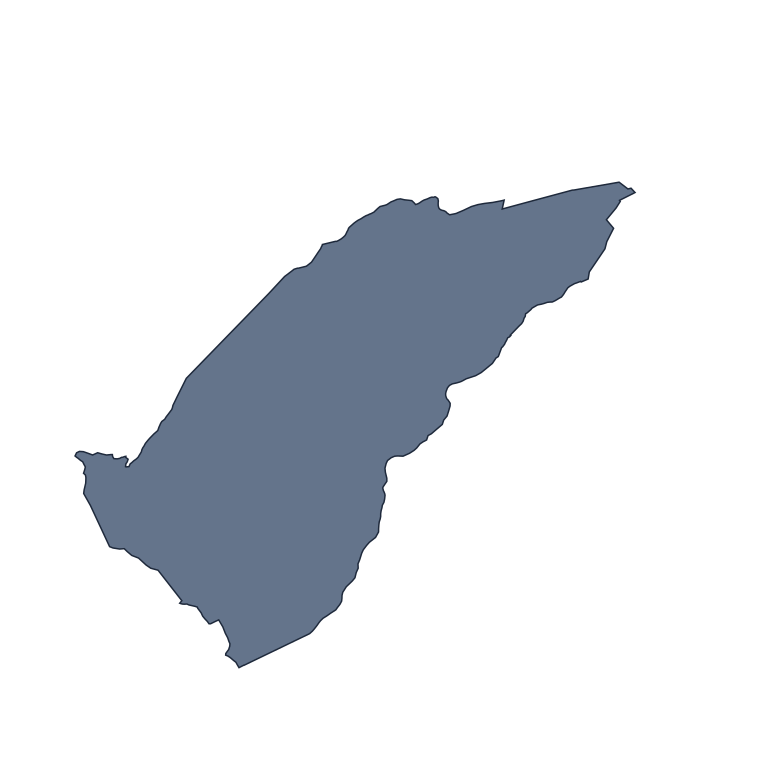 San Juan Mixtepec -Dto. 26 -, Oaxaca, Mexico, rotated 51°
{"feature_id": "50627088B88987154065702", "entity_name": "San Juan Mixtepec -Dto. 26 -", "entity_type": "district", "adm_level": 2, "iso_a3": "MEX", "parent_name": "Mexico", "parent_adm1": "Oaxaca", "projection": "equal_earth", "projection_center": [-96.314, 16.258], "detail": "fine", "context": "isolated", "style": "filled", "palette": "slate", "viewbox_px": 768, "rotation_deg": 51, "n_neighbors": 0, "source": "geoboundaries", "source_scale": "gbopen_adm2", "svg_char_len": 4579}
<svg xmlns="http://www.w3.org/2000/svg" viewBox="0 0 768 768"><g transform="rotate(51 384 384)"><path d="M531.2,598.9L531.0,595.2L530.5,592.4L529.9,589.7L529.4,587.7L528.5,584.6L528.0,582.2L527.7,578.7L528.2,574.7L528.4,572.1L528.5,570.1L529.2,563.6L528.4,560.8L527.5,556.9L526.1,553.6L524.0,551.5L521.9,549.7L519.9,547.1L518.6,543.2L517.8,540.8L517.5,536.8L517.1,532.4L516.3,528.5L513.1,524.3L510.9,520.0L507.4,517.4L505.4,513.7L501.4,507.7L499.8,504.4L498.5,499.1L497.8,495.0L497.9,487.1L495.6,481.4L492.9,479.1L490.1,476.5L488.2,474.5L486.5,471.9L484.9,470.0L482.6,468.1L480.6,465.9L478.9,463.5L477.2,461.6L475.9,458.5L473.8,455.9L471.1,453.2L469.8,452.5L468.0,451.9L466.6,451.6L465.1,450.9L463.9,450.4L463.2,448.9L461.4,443.0L459.0,441.1L453.5,438.5L450.0,436.2L447.1,432.3L445.7,429.4L445.8,424.8L446.8,421.2L448.4,418.8L452.1,414.6L453.9,407.8L454.5,402.4L454.3,398.8L453.2,393.8L453.5,390.1L454.0,387.8L454.3,386.1L451.8,382.2L452.5,378.5L452.3,372.5L452.1,364.1L449.6,360.3L448.6,355.2L445.7,350.8L442.7,346.5L440.6,344.7L436.8,344.3L434.9,344.5L432.1,343.5L430.4,342.3L428.9,340.5L426.9,337.0L426.3,334.0L426.9,330.8L428.9,326.8L430.0,324.2L430.6,322.5L431.0,320.7L431.7,316.8L435.2,307.6L436.3,301.2L436.2,286.8L435.0,282.8L434.3,280.7L434.6,277.9L429.7,269.6L429.8,268.6L429.0,265.3L428.2,263.8L427.0,260.8L426.4,259.7L426.2,259.3L425.9,258.6L426.4,256.8L426.1,254.9L425.5,255.1L424.0,243.0L423.7,239.1L422.8,236.4L421.0,233.7L420.4,231.8L418.5,229.7L418.8,227.8L418.7,225.9L418.6,223.0L418.2,221.3L418.5,219.3L419.2,214.9L421.0,211.5L422.1,209.0L423.3,205.7L424.8,203.4L426.2,201.6L427.0,198.3L427.7,193.2L428.1,191.4L427.4,188.2L426.3,185.1L424.9,180.5L425.0,177.9L425.9,172.7L426.7,170.6L428.0,166.6L428.8,166.6L430.9,159.3L426.1,153.9L418.0,127.2L413.6,121.3L407.5,107.6L396.3,107.8L393.3,92.9L390.8,85.5L389.5,85.4L393.2,68.4L387.3,68.8L385.9,71.7L375.1,74.3L352.8,114.3L351.8,115.7L335.0,153.5L322.4,182.0L316.7,174.9L315.8,176.9L311.3,185.3L306.9,192.3L303.7,198.1L301.1,204.4L299.0,213.1L297.1,219.7L297.1,220.0L296.3,221.8L293.9,226.3L293.6,226.6L291.5,227.2L290.3,227.5L289.0,227.5L287.0,228.4L285.5,229.6L284.2,230.3L282.8,230.7L281.4,230.5L280.3,230.0L279.2,229.4L277.3,227.9L276.0,226.6L273.9,225.5L271.9,225.9L271.0,226.3L270.6,226.5L270.1,228.0L268.9,229.2L268.2,230.8L267.4,233.9L266.2,237.2L265.8,239.6L265.6,242.6L265.2,244.4L265.0,245.0L264.4,246.5L263.8,246.5L261.9,246.6L259.0,247.0L256.9,249.0L253.8,252.1L250.5,254.7L248.7,257.7L247.7,261.4L246.9,263.9L246.4,268.8L245.8,270.6L245.0,272.3L244.4,273.6L244.1,274.3L243.6,275.3L243.6,277.5L243.7,279.3L243.8,280.2L243.9,281.9L244.0,282.8L244.1,283.6L243.4,287.0L242.9,288.3L242.5,290.2L241.9,291.9L241.4,294.8L241.1,297.9L240.4,301.2L240.2,303.6L240.1,306.2L240.3,310.5L240.4,312.4L240.7,313.6L241.7,315.2L242.4,317.0L243.4,319.0L244.1,320.8L244.3,323.1L244.3,325.0L244.3,325.8L243.8,329.2L243.4,331.0L242.6,331.9L236.8,344.1L237.2,344.4L238.1,346.5L239.0,348.2L240.2,352.3L241.6,356.8L243.7,363.7L243.6,370.2L240.1,377.7L239.5,378.4L238.2,381.7L238.2,384.2L237.9,393.6L241.2,416.8L247.9,473.1L255.2,534.1L263.9,553.2L265.6,556.8L267.8,561.5L269.3,563.4L270.3,565.1L270.9,567.6L271.7,570.7L272.4,573.8L273.4,576.6L273.3,580.3L274.0,582.3L276.0,586.2L277.8,589.1L277.9,591.2L278.0,594.2L278.7,600.1L279.1,602.5L280.0,606.8L281.2,609.6L281.8,611.6L282.7,613.5L284.1,615.4L285.5,619.4L286.2,621.2L286.4,623.7L286.2,626.8L286.4,629.8L286.3,631.4L287.7,634.2L286.2,636.5L285.6,636.9L283.6,634.8L282.9,632.5L281.4,630.2L278.5,630.9L277.8,630.1L277.3,630.8L276.5,633.2L275.8,634.2L275.5,636.1L274.3,638.4L272.0,640.9L269.5,640.5L267.9,639.5L267.0,640.6L264.6,644.3L260.9,647.2L257.2,649.8L255.8,655.1L251.9,657.4L247.4,660.2L244.7,663.1L244.0,666.2L245.5,669.4L247.6,669.0L248.8,668.6L252.4,667.9L254.8,667.1L257.8,667.8L260.5,668.3L262.0,670.2L263.3,672.1L264.3,673.7L266.8,673.3L269.2,674.6L271.4,676.5L273.4,678.3L277.6,683.7L280.1,686.3L293.6,688.6L337.7,699.6L340.9,697.8L345.9,693.3L348.5,689.5L352.7,689.0L358.5,687.9L364.8,684.3L375.0,682.8L380.4,681.2L386.5,676.8L425.2,677.5L425.8,680.7L426.9,680.1L428.2,679.1L429.4,677.8L431.0,675.6L432.9,674.7L435.8,672.4L438.0,670.7L439.9,669.5L441.1,669.9L443.6,670.0L446.7,670.1L450.3,671.0L453.8,671.0L457.5,670.7L460.2,670.9L461.2,669.7L462.4,664.4L463.3,660.9L471.3,662.1L477.9,664.2L482.9,665.2L486.1,666.4L488.9,667.2L490.7,668.9L492.6,671.8L493.3,674.5L493.9,676.6L495.1,677.7L497.0,676.6L499.7,675.7L504.1,674.9L507.0,674.2L509.8,674.7L513.2,675.2L514.3,669.9L514.5,669.8L531.2,598.9Z" fill="#64748b" stroke="#1e293b" stroke-width="1.5"/></g></svg>